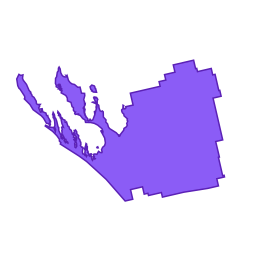 the district of Shark Bay, Western Australia, Australia, rotated 347°
{"feature_id": "25037944B60313460254351", "entity_name": "Shark Bay", "entity_type": "district", "adm_level": 2, "iso_a3": "AUS", "parent_name": "Australia", "parent_adm1": "Western Australia", "projection": "mercator", "projection_center": [113.623, -26.392], "detail": "fine", "context": "isolated", "style": "filled", "palette": "violet", "viewbox_px": 256, "rotation_deg": 347, "n_neighbors": 0, "source": "geoboundaries", "source_scale": "gbopen_adm2", "svg_char_len": 5628}
<svg xmlns="http://www.w3.org/2000/svg" viewBox="0 0 256 256"><g transform="rotate(347 128 128)"><path d="M130.6,106.7L130.6,107.8L129.7,108.6L128.5,108.6L128.1,106.4L128.9,105.2L128.3,104.7L127.4,108.0L125.9,108.9L125.7,109.9L125.9,111.8L127.0,113.5L126.9,115.3L129.5,118.9L128.9,120.0L129.3,121.2L127.7,123.5L128.0,125.0L126.7,126.5L124.0,127.5L123.3,129.2L118.2,133.3L118.6,133.4L118.0,134.1L117.3,134.0L116.9,132.8L117.1,133.3L117.1,132.7L117.7,132.9L116.6,132.0L115.5,130.0L110.0,124.5L109.2,122.8L109.0,119.4L107.7,117.2L108.4,115.2L106.5,111.8L107.5,106.7L106.8,105.6L105.8,105.9L104.7,105.0L104.3,102.2L104.6,99.3L103.4,97.7L104.1,94.6L105.0,93.3L104.3,91.3L103.1,91.4L102.0,90.1L101.3,90.8L102.8,97.2L102.3,100.4L102.7,99.8L99.2,106.4L99.1,104.5L99.8,104.3L99.0,104.4L98.7,107.4L95.6,112.1L93.6,112.6L92.9,110.3L92.8,111.3L92.0,112.1L90.9,112.1L90.4,111.2L89.1,111.5L90.7,111.1L91.0,110.4L88.9,105.8L88.8,102.7L89.3,99.9L88.8,98.5L91.4,95.9L91.8,94.7L91.1,94.9L91.5,92.6L91.2,90.5L93.2,86.7L93.5,84.5L90.5,83.6L90.5,77.4L88.2,77.0L85.7,73.6L83.3,72.4L81.8,70.7L80.7,68.2L80.5,64.2L80.3,64.6L79.9,62.9L79.5,62.8L80.0,63.6L79.4,64.3L78.2,64.1L76.6,63.3L75.6,61.8L74.9,58.9L75.2,55.2L74.6,53.1L73.7,54.0L72.9,56.8L71.7,57.7L69.9,62.1L68.6,63.3L67.3,68.2L67.7,70.6L67.3,71.6L68.6,72.8L70.5,76.2L71.4,76.7L71.2,75.7L70.3,75.0L71.1,74.5L71.0,73.8L70.8,73.6L70.8,74.0L70.4,74.4L69.9,74.3L70.7,74.0L70.7,72.9L69.7,71.5L70.5,70.6L69.5,70.3L70.6,69.8L71.6,70.3L71.5,70.9L71.0,70.5L70.7,70.9L71.6,71.2L71.7,72.1L70.9,71.7L70.7,72.4L72.2,74.9L71.2,75.2L72.1,76.5L70.8,78.7L74.7,82.3L75.6,85.0L75.1,88.0L78.2,90.2L78.3,94.6L79.4,95.9L78.8,98.4L79.8,100.7L80.2,100.7L79.3,102.0L79.8,102.9L82.8,103.2L82.4,103.8L84.3,105.0L86.0,108.6L87.9,110.4L87.9,113.0L92.9,114.3L96.2,115.9L99.1,118.3L102.5,122.9L102.8,125.9L102.0,127.9L101.7,127.6L103.0,132.5L102.6,137.5L101.2,139.9L98.9,141.1L97.3,143.2L97.4,145.5L96.9,146.1L95.4,145.6L94.1,144.1L91.7,146.7L89.9,145.8L88.6,146.2L87.8,145.4L88.5,146.8L87.8,148.4L88.1,148.9L88.6,148.0L88.8,148.5L88.0,149.4L89.2,150.5L88.7,150.8L88.4,150.0L87.4,150.2L86.1,151.5L85.6,149.8L86.2,149.1L85.9,148.1L86.3,147.8L85.6,146.6L86.2,145.7L85.8,145.3L86.1,144.9L85.3,144.8L84.4,146.9L83.8,146.1L83.7,143.2L83.2,142.8L83.8,142.2L83.4,140.2L84.2,137.0L83.7,135.7L84.1,134.4L83.6,133.7L82.6,135.9L82.9,137.7L82.7,138.5L83.3,138.8L82.9,140.0L82.5,139.7L82.6,138.4L82.8,137.7L82.3,135.9L82.0,138.0L80.8,137.8L81.2,140.5L80.5,141.9L80.4,144.0L81.8,145.7L81.1,146.4L81.0,145.4L80.0,145.2L79.1,143.4L78.1,143.0L78.2,140.8L79.6,137.2L79.4,136.4L78.5,136.3L77.7,134.2L78.4,133.5L78.8,131.2L78.4,130.7L78.4,128.6L77.4,126.7L78.2,124.4L76.8,122.0L77.2,120.2L76.5,118.2L76.0,118.6L74.6,118.0L75.1,118.6L74.8,120.1L73.3,120.8L74.3,121.9L74.9,121.8L74.7,123.0L75.9,125.2L75.0,128.1L74.2,129.1L74.4,131.7L73.7,132.8L74.2,132.8L74.0,134.2L72.7,135.5L72.0,134.8L72.6,130.9L73.9,130.1L72.6,127.0L73.5,126.5L73.9,128.4L74.2,125.3L72.8,124.7L73.6,123.0L72.4,121.7L72.2,117.5L70.9,116.0L70.7,113.3L69.8,112.6L69.5,108.4L69.0,108.8L68.0,108.2L68.4,106.3L65.9,104.3L66.2,103.6L65.1,102.4L65.1,99.8L63.4,96.2L62.9,97.5L63.7,99.3L63.1,100.2L64.5,101.3L64.2,102.9L65.2,104.1L64.7,104.8L64.6,108.6L65.2,112.6L64.4,112.0L63.5,112.4L63.6,114.7L63.0,115.3L62.7,117.9L61.4,120.0L62.8,120.0L64.0,124.8L64.9,125.1L64.8,127.1L65.4,127.3L66.0,128.0L66.2,129.1L66.2,129.9L65.7,127.7L65.6,128.5L64.9,127.3L64.7,128.2L63.8,128.3L63.5,127.3L63.9,127.0L62.9,126.1L63.6,124.5L62.9,122.5L61.6,123.9L60.6,123.1L61.0,122.4L60.5,121.5L61.2,120.9L60.0,115.0L60.6,111.9L60.1,111.1L60.1,105.3L59.7,102.3L59.1,101.5L59.3,98.6L58.6,96.0L57.5,98.1L58.0,98.7L57.4,101.1L58.0,101.9L58.0,105.3L57.3,109.3L56.6,110.1L57.1,113.3L56.4,115.0L55.7,110.8L50.9,109.3L50.6,108.5L48.3,106.8L47.8,107.5L53.8,114.3L56.9,119.4L58.6,123.5L58.2,125.3L59.3,127.3L58.4,128.4L74.0,144.3L80.1,151.3L95.1,173.0L108.8,198.5L116.6,198.5L116.6,188.6L128.9,188.6L128.9,196.1L132.7,196.1L132.8,198.4L146.0,198.4L146.0,203.1L168.1,203.1L192.2,204.8L203.1,204.8L203.1,197.4L211.0,197.4L211.0,195.7L209.5,195.7L209.5,176.9L210.5,176.9L210.4,160.9L217.6,160.9L217.6,118.0L225.9,118.0L225.9,111.9L224.9,111.9L224.9,95.3L222.5,95.3L222.5,88.7L208.4,88.7L208.4,85.4L207.2,85.4L207.2,76.7L186.3,76.7L186.3,84.2L175.6,84.2L175.6,89.8L168.7,89.8L168.7,94.6L138.1,94.6L138.1,106.8L130.6,106.7ZM36.4,55.8L37.6,52.6L35.4,52.7L33.8,51.2L30.6,55.2L30.1,62.0L30.7,64.8L31.6,66.0L34.4,73.7L34.2,75.7L33.5,76.3L37.7,83.0L39.7,88.9L46.3,96.6L47.9,99.4L49.6,105.0L51.7,106.0L52.3,108.4L53.3,106.8L52.8,105.3L53.8,104.7L53.2,103.6L53.9,103.6L52.6,99.6L52.6,97.8L51.9,97.9L51.4,97.2L51.4,95.0L48.6,93.0L48.7,89.9L47.4,89.8L47.9,92.1L47.4,92.8L46.3,92.8L45.5,88.2L46.7,87.2L46.5,86.4L47.8,85.3L45.1,84.7L44.3,83.6L44.6,81.2L43.3,77.0L41.8,75.3L41.7,73.6L40.8,71.9L41.4,71.3L40.1,69.2L38.9,62.7L36.7,57.9L36.4,55.8ZM105.2,82.9L104.9,81.6L104.9,80.1L104.6,79.4L102.4,78.0L100.3,79.3L100.4,81.8L101.9,83.9L101.0,83.3L100.8,83.6L102.4,85.2L105.4,86.1L105.3,81.8L105.2,82.9ZM93.5,140.5L94.5,140.6L94.3,139.5L93.3,139.8L93.5,140.5ZM102.4,97.2L102.4,98.3L102.6,97.4L101.6,96.1L100.8,96.0L100.6,95.2L99.9,95.3L99.7,94.8L99.2,94.9L102.4,97.2ZM101.8,100.1L102.2,98.8L101.7,100.1L101.3,101.7L102.2,100.4L101.8,100.1ZM100.8,124.6L101.5,127.0L101.3,124.0L101.0,124.9L100.8,124.6ZM61.6,121.9L61.4,120.7L61.0,121.3L61.6,121.9ZM89.3,102.6L90.4,100.0L90.1,99.6L90.1,100.6L89.3,102.6ZM89.1,102.7L89.2,105.1L89.3,104.1L89.1,102.7ZM89.2,105.2L89.4,106.7L89.5,106.5L89.2,105.2ZM102.9,90.7L104.1,91.1L103.3,90.6L102.9,90.7ZM89.9,98.0L90.2,97.9L90.2,97.2L89.9,98.0Z" fill="#8b5cf6" stroke="#5b21b6" stroke-width="1.5"/></g></svg>